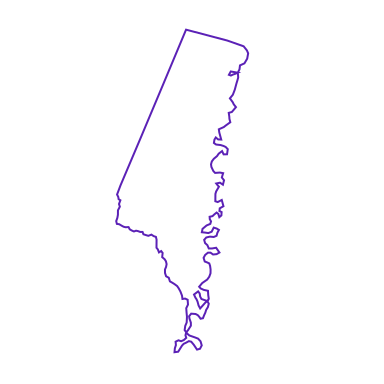 Ribeirão do Pinhal, Paraná, Brazil, rotated 203°
{"feature_id": "56859067B72697987592890", "entity_name": "Ribeirão do Pinhal", "entity_type": "district", "adm_level": 2, "iso_a3": "BRA", "parent_name": "Brazil", "parent_adm1": "Paraná", "projection": "equal_earth", "projection_center": [-50.43, -23.422], "detail": "fine", "context": "isolated", "style": "outline", "palette": "violet", "viewbox_px": 384, "rotation_deg": 203, "n_neighbors": 0, "source": "geoboundaries", "source_scale": "gbopen_adm2", "svg_char_len": 3111}
<svg xmlns="http://www.w3.org/2000/svg" viewBox="0 0 384 384"><g transform="rotate(203 192 192)"><path d="M142.5,60.6L141.7,63.1L140.8,68.5L142.0,71.3L144.8,74.4L146.1,76.5L145.2,79.7L141.0,81.1L138.6,80.9L136.7,80.0L134.6,78.7L132.6,80.1L132.7,83.3L132.6,86.1L132.9,89.0L132.4,92.2L132.9,95.7L135.3,97.6L134.8,100.2L136.7,103.3L138.7,107.3L142.9,106.5L146.3,106.6L148.4,107.6L147.0,112.2L143.8,117.3L143.0,120.7L143.2,124.4L144.6,127.9L146.5,131.1L148.2,133.0L150.7,133.1L153.1,133.0L155.6,135.9L155.3,139.2L153.6,142.4L151.3,143.4L148.2,142.7L145.1,144.4L143.1,147.0L148.0,150.1L151.4,147.9L154.5,146.6L157.1,149.1L160.0,150.1L162.1,152.7L161.1,155.7L158.1,157.9L154.4,159.1L152.3,161.3L152.7,164.5L152.4,167.6L155.0,168.0L158.1,167.7L158.4,163.1L160.9,160.6L164.3,159.7L167.2,158.8L167.9,162.2L165.5,166.9L162.7,169.8L163.0,172.4L165.0,173.9L166.1,176.1L163.7,177.8L162.7,180.1L161.3,182.7L159.2,182.1L157.0,179.5L155.8,181.9L156.9,185.1L159.3,185.2L160.1,187.8L157.5,191.2L161.5,196.3L164.4,192.8L166.9,192.6L169.7,199.4L170.0,201.9L169.3,207.4L171.0,208.2L173.0,209.3L169.9,211.5L166.4,210.8L167.1,215.3L170.2,217.0L170.7,221.5L173.9,220.8L178.2,218.6L180.5,219.6L183.9,222.6L185.3,224.9L185.7,227.9L184.9,231.1L183.0,234.8L182.4,237.7L180.3,241.4L177.6,239.0L174.5,240.4L175.8,245.4L178.6,246.6L180.9,246.7L184.0,246.4L188.4,245.1L191.0,245.7L191.8,249.0L191.4,251.5L188.5,250.6L185.6,251.7L190.1,257.4L191.8,260.2L188.1,264.2L186.9,266.4L184.0,271.2L186.1,273.9L187.2,276.1L189.1,279.2L186.6,281.2L184.7,287.3L187.8,289.0L189.5,290.5L193.7,293.0L192.4,297.5L192.6,302.9L193.5,309.4L193.8,312.3L194.2,315.4L195.3,317.6L196.5,319.7L196.2,323.4L197.3,327.3L194.0,330.9L193.3,336.3L194.5,341.6L196.8,343.8L201.4,346.3L218.7,345.2L260.9,339.1L260.6,278.1L260.5,245.9L260.4,222.8L260.4,170.1L260.0,160.4L258.0,158.7L256.7,156.7L254.7,156.4L254.5,152.4L252.7,150.3L253.0,146.2L251.3,142.1L250.6,139.0L250.4,135.6L248.7,133.3L246.4,133.9L243.6,133.5L241.4,133.3L239.4,133.6L236.7,134.9L234.7,133.3L232.1,133.0L230.0,133.0L228.4,134.5L226.4,134.9L224.1,135.0L221.9,135.9L220.2,134.1L217.9,134.3L215.1,134.6L212.7,136.9L210.0,136.4L207.7,136.6L206.0,134.3L204.6,130.9L202.9,126.8L201.0,125.8L198.8,123.5L197.3,125.6L195.2,124.4L194.0,120.4L190.9,119.4L188.9,118.0L187.2,115.7L186.6,112.9L186.6,110.1L185.2,106.9L182.9,104.3L179.9,104.0L177.4,101.1L175.4,100.9L172.2,100.4L168.9,99.6L166.7,98.2L163.8,95.9L160.7,92.7L159.0,89.8L156.7,91.2L153.9,91.1L151.7,86.8L151.9,82.8L149.9,78.9L147.9,75.2L145.9,69.8L145.9,66.1L144.8,62.0L142.5,60.6ZM135.3,97.6L136.5,95.4L139.0,88.0L141.6,90.1L144.1,93.3L145.9,95.0L147.6,96.1L150.1,98.4L147.5,102.9L145.3,101.6L143.6,98.9L141.5,97.2L135.3,97.6ZM196.5,319.7L198.5,317.6L200.2,316.1L201.7,314.4L203.8,314.3L203.4,318.1L196.5,319.7ZM148.6,47.8L147.0,44.8L146.7,41.4L145.5,37.7L142.3,39.6L141.2,46.6L140.4,48.9L138.4,51.2L136.6,53.5L134.2,53.9L130.7,52.1L125.8,48.9L123.4,50.8L123.1,54.6L125.8,57.9L129.1,59.4L132.4,59.3L138.4,58.9L140.6,59.6L142.5,60.6L142.0,57.5L140.3,55.5L141.7,52.5L143.7,50.4L146.5,50.2L148.6,47.8Z" fill="none" stroke="#5b21b6" stroke-width="2"/></g></svg>